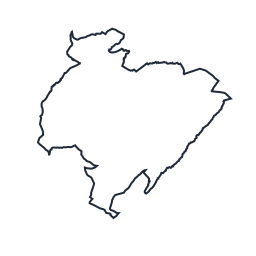 the district of General Felipe Ángeles, Puebla, Mexico, rotated 197°
{"feature_id": "50627088B91535396916577", "entity_name": "General Felipe Ángeles", "entity_type": "district", "adm_level": 2, "iso_a3": "MEX", "parent_name": "Mexico", "parent_adm1": "Puebla", "projection": "albers", "projection_center": [-97.667, 19.028], "detail": "fine", "context": "isolated", "style": "outline", "palette": "slate", "viewbox_px": 256, "rotation_deg": 197, "n_neighbors": 0, "source": "geoboundaries", "source_scale": "gbopen_adm2", "svg_char_len": 5822}
<svg xmlns="http://www.w3.org/2000/svg" viewBox="0 0 256 256"><g transform="rotate(197 128 128)"><path d="M115.7,37.7L113.6,40.2L112.1,43.8L112.8,43.5L114.0,43.5L117.6,44.5L120.5,44.6L121.6,45.4L121.8,46.1L121.7,49.8L121.8,52.8L122.1,54.3L121.8,55.8L121.6,57.7L120.6,60.2L113.1,64.9L112.3,67.5L111.4,68.6L110.9,69.7L110.3,70.2L109.8,71.1L108.8,75.3L108.2,77.2L107.4,78.6L106.5,82.0L105.6,83.1L103.9,86.2L103.3,86.7L102.3,88.3L102.1,89.3L101.2,90.8L100.5,91.8L99.7,92.5L98.9,92.9L100.1,89.9L93.9,86.4L93.0,85.6L92.5,84.1L92.6,83.6L91.8,83.6L91.6,83.2L92.2,81.0L92.2,79.7L91.8,79.3L92.9,75.3L93.5,72.5L93.3,71.7L92.9,71.1L91.5,70.6L90.5,71.9L89.4,73.7L89.4,74.1L88.5,76.5L87.2,78.0L86.8,79.5L86.5,79.7L86.4,80.9L86.0,81.7L85.8,83.3L85.5,83.9L85.3,86.6L84.7,88.1L84.3,88.4L84.7,88.9L84.3,89.2L83.1,92.6L83.0,94.7L82.6,95.1L82.3,95.0L81.3,95.1L80.1,97.8L79.4,98.2L79.5,98.9L79.3,99.2L79.2,101.0L78.7,101.5L78.0,101.5L77.6,102.1L77.1,102.7L75.9,102.4L75.3,102.5L75.1,102.7L74.9,103.7L73.8,104.4L74.2,104.8L73.7,105.3L72.9,107.0L72.0,107.8L70.6,110.8L69.7,111.5L69.8,113.2L69.1,113.9L68.8,115.0L68.0,115.7L67.8,116.3L67.9,117.7L68.2,118.5L68.2,119.0L68.1,119.4L67.4,120.0L67.0,122.1L66.3,122.4L66.1,123.1L66.2,124.6L65.9,125.3L65.6,125.7L65.5,126.3L65.8,126.8L65.9,127.3L65.8,128.1L65.3,128.9L65.2,130.3L64.9,131.2L64.3,131.3L64.0,131.9L63.9,132.5L63.0,132.7L62.6,133.2L61.9,133.7L61.3,134.5L60.8,134.7L60.6,135.6L60.6,137.3L59.5,138.5L59.5,138.8L60.0,139.2L60.3,140.2L60.2,140.8L59.6,141.6L58.9,141.5L58.2,142.6L58.0,144.4L57.4,144.7L57.3,145.3L57.1,145.5L56.8,146.5L56.3,147.4L56.4,149.4L56.2,149.9L55.8,150.0L55.6,150.6L55.0,151.2L54.3,152.4L53.7,152.9L52.6,154.4L52.7,154.5L52.1,155.7L52.0,156.0L52.1,156.3L51.5,157.2L51.0,158.3L51.0,159.1L50.2,160.3L49.8,161.6L49.8,162.6L49.5,163.1L49.3,164.9L48.3,165.8L48.0,166.5L47.7,166.7L47.4,167.8L46.0,169.5L45.6,171.5L44.6,172.8L44.1,174.0L44.6,174.9L44.6,175.3L44.2,176.2L44.4,176.5L43.8,178.3L43.9,179.1L43.7,179.9L43.8,180.4L44.4,181.2L44.0,181.5L44.2,182.4L38.2,186.2L44.3,189.3L46.1,189.8L50.5,189.2L58.6,187.6L58.9,188.1L58.3,189.5L57.9,191.9L56.2,196.6L56.2,197.0L55.9,197.6L55.2,199.5L60.1,201.4L61.0,202.2L62.5,202.9L70.7,205.7L76.5,205.7L88.7,197.1L90.0,195.9L90.5,196.2L90.8,196.7L91.1,199.1L92.7,201.2L96.7,204.9L97.3,204.2L98.4,203.9L99.8,204.8L100.7,204.4L101.4,203.5L102.6,203.0L103.6,202.9L104.5,203.3L104.8,202.6L105.5,202.4L106.4,202.5L106.9,202.3L107.3,201.8L108.8,201.1L109.2,201.1L110.4,201.8L111.5,201.5L112.7,201.7L114.7,200.3L115.4,200.2L117.5,199.2L118.5,199.7L119.4,198.5L120.7,199.3L122.2,197.6L123.1,197.7L123.7,196.7L124.2,196.7L124.8,196.4L125.9,196.3L126.7,195.6L127.2,194.8L127.4,194.7L128.7,195.4L136.7,184.4L139.3,185.7L140.4,184.2L141.0,184.4L142.2,183.6L144.8,183.9L151.6,185.6L151.6,187.7L151.2,189.3L151.4,189.9L151.3,190.1L151.5,191.0L152.1,191.9L151.8,192.7L152.4,193.3L152.2,194.0L151.5,194.3L151.5,195.1L151.0,195.5L151.5,197.1L151.4,197.3L151.5,198.4L150.3,199.1L149.4,200.3L149.3,201.6L149.6,202.0L151.8,201.4L152.9,201.9L153.2,201.8L153.9,200.9L154.8,200.6L155.5,201.6L156.3,201.9L157.3,202.0L157.6,201.3L159.5,199.3L160.8,198.1L162.9,196.6L165.5,195.5L166.7,195.4L167.6,195.4L168.9,196.3L168.9,197.6L167.8,197.8L167.3,198.5L167.1,199.1L167.1,200.6L165.5,202.3L164.7,204.0L163.5,205.2L162.5,205.3L161.2,206.5L160.7,207.8L160.6,209.8L159.3,211.4L158.6,212.9L159.3,216.3L165.4,217.5L165.5,217.3L168.5,218.3L172.2,218.3L175.3,215.1L176.2,213.8L177.0,211.2L180.9,212.1L181.6,210.2L186.0,208.9L186.2,207.5L189.0,207.3L190.2,206.9L191.8,205.3L193.8,204.0L194.9,202.6L197.3,201.2L198.8,200.6L200.1,199.6L201.7,197.9L202.8,197.6L205.7,198.1L206.4,198.5L207.4,199.2L209.7,203.6L210.0,203.1L209.8,201.5L210.2,200.2L209.7,198.6L209.3,198.0L208.7,195.7L207.5,194.1L206.8,193.5L206.0,192.6L205.8,190.8L207.0,188.6L208.5,183.2L207.6,180.8L207.1,180.5L206.2,180.3L205.5,179.3L203.4,178.9L202.2,178.4L201.8,177.7L201.2,177.3L200.9,177.9L200.3,177.9L199.8,177.0L197.6,177.1L196.4,176.7L195.1,176.5L193.7,175.9L192.2,176.1L193.0,175.6L195.5,172.8L200.7,168.4L203.4,162.6L203.8,162.3L204.5,162.2L204.8,161.8L204.7,160.9L205.3,158.9L205.5,156.8L206.5,155.7L206.6,155.3L206.7,155.1L206.3,155.0L206.2,154.6L206.3,154.0L206.9,153.2L206.8,152.7L207.3,152.3L207.6,151.6L208.1,151.3L208.4,150.5L209.7,150.4L210.1,150.0L210.3,148.8L210.6,148.2L210.8,148.2L211.0,147.5L211.5,147.5L211.8,146.9L211.7,146.4L211.9,146.2L212.2,146.2L212.4,145.9L212.3,145.6L212.9,145.1L213.0,144.8L212.8,144.4L212.7,143.1L212.3,142.4L212.2,141.1L213.1,140.1L213.0,139.6L213.4,139.2L213.6,138.7L213.6,138.1L214.4,135.4L214.5,134.1L214.7,133.5L214.9,132.3L215.6,130.8L216.5,129.3L217.1,128.8L217.6,127.6L217.8,126.2L217.4,124.8L216.8,123.2L215.6,121.8L214.9,120.1L214.6,119.8L214.2,118.2L214.0,115.6L215.3,113.6L214.4,112.8L214.0,112.1L213.3,105.9L209.5,101.5L208.0,99.2L207.4,97.2L207.1,96.7L209.8,92.5L209.9,88.2L209.6,87.7L208.3,86.9L201.8,84.2L200.5,83.2L198.2,82.7L196.6,81.4L196.0,80.3L196.0,79.8L195.2,78.9L195.4,79.5L195.6,82.1L195.9,83.4L195.7,84.7L194.8,85.1L195.0,86.4L194.5,87.1L192.9,87.8L191.2,88.1L189.4,88.8L187.7,89.0L187.1,89.5L185.0,89.9L184.4,90.6L183.5,91.0L182.2,91.2L180.6,91.9L179.9,92.4L177.3,92.8L175.9,93.7L174.7,95.1L173.4,96.0L171.9,94.8L168.3,92.9L165.7,92.3L164.9,89.0L161.2,85.8L159.6,85.4L157.9,84.4L153.5,84.1L150.7,82.7L149.0,82.4L146.6,82.7L148.0,80.6L149.1,79.9L150.5,78.6L151.4,78.4L152.0,78.1L152.7,78.1L154.6,77.7L156.4,77.5L157.7,77.6L156.5,74.8L154.9,73.2L153.9,71.7L152.4,70.9L148.6,69.9L144.2,65.1L144.1,62.5L144.3,54.9L143.9,54.3L143.7,53.6L143.8,52.2L144.2,50.9L141.3,49.7L142.4,47.4L143.1,45.3L143.5,45.3L141.9,44.7L138.0,44.3L131.4,43.0L128.0,43.1L126.6,42.9L124.9,41.4L124.2,40.5L123.6,40.4L120.7,40.9L119.9,40.7L119.4,40.5L119.2,40.1L119.3,39.6L117.7,38.7L116.9,38.5L115.7,37.7Z" fill="none" stroke="#1e293b" stroke-width="2"/></g></svg>